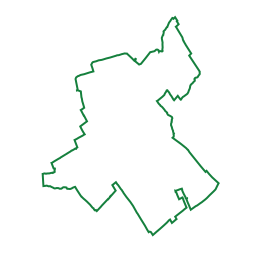 Avrameni, Botosani, Romania (Natural Earth projection), rotated 87°
{"feature_id": "2599482B7109590072975", "entity_name": "Avrameni", "entity_type": "district", "adm_level": 2, "iso_a3": "ROU", "parent_name": "Romania", "parent_adm1": "Botosani", "projection": "natural_earth1", "projection_center": [26.952, 48.014], "detail": "fine", "context": "isolated", "style": "outline", "palette": "green", "viewbox_px": 256, "rotation_deg": 87, "n_neighbors": 0, "source": "geoboundaries", "source_scale": "gbopen_adm2", "svg_char_len": 5608}
<svg xmlns="http://www.w3.org/2000/svg" viewBox="0 0 256 256"><g transform="rotate(87 128 128)"><path d="M181.6,215.5L181.5,214.1L181.3,212.1L181.8,211.0L182.1,210.2L182.1,209.8L182.0,209.2L182.0,208.9L182.1,208.7L182.8,207.6L183.8,205.7L184.3,205.0L184.4,204.7L184.5,204.5L184.5,204.1L184.4,203.2L184.2,202.2L184.3,201.7L184.3,201.1L184.5,200.4L185.0,199.6L185.1,199.2L185.1,198.2L185.1,197.7L184.6,196.9L184.2,196.5L184.1,196.2L183.9,195.9L183.8,195.6L183.8,195.4L184.0,193.2L184.3,192.5L185.3,192.2L185.5,191.8L185.6,191.5L185.7,190.3L185.9,189.1L185.8,188.7L185.7,188.2L185.5,187.8L185.2,187.0L184.8,186.4L184.5,185.6L184.1,184.4L184.0,183.9L186.9,182.4L192.8,179.0L194.3,178.0L194.3,177.8L194.5,177.7L196.4,175.9L197.4,174.8L198.7,173.5L199.5,172.7L200.3,172.0L202.8,169.7L203.0,169.6L205.6,167.7L205.9,167.4L206.4,166.6L207.3,166.3L208.4,165.5L208.5,165.4L208.6,165.2L208.3,164.7L208.2,164.3L209.3,163.5L205.3,159.3L204.9,158.9L204.3,158.4L197.9,151.7L198.1,151.5L196.0,149.5L195.6,149.6L195.1,149.1L195.3,149.0L195.3,148.9L194.9,148.5L189.9,143.6L184.2,146.6L181.5,142.9L182.3,142.4L183.7,141.6L184.4,140.9L188.5,138.4L190.0,137.2L191.0,136.8L191.6,136.3L192.4,136.0L193.2,135.5L196.8,133.2L202.0,129.5L206.1,127.0L210.4,124.9L211.6,124.3L213.1,123.6L213.9,123.0L219.7,119.9L226.4,116.2L230.3,114.3L233.1,112.8L232.7,112.1L232.6,111.8L232.7,111.5L233.2,110.5L236.2,108.8L233.6,105.5L232.8,104.6L232.7,104.3L232.4,103.9L231.3,102.6L231.0,102.1L227.0,97.1L224.5,94.1L222.2,91.8L221.6,90.8L225.1,89.1L223.7,87.2L222.5,85.7L221.5,84.3L219.0,85.5L216.6,82.1L215.4,80.4L213.6,77.8L211.8,75.5L210.6,73.7L204.1,76.0L200.2,77.2L200.4,77.9L200.7,78.3L201.0,79.0L201.3,79.4L201.5,80.2L201.8,80.7L197.5,82.3L195.8,82.8L194.9,83.2L194.7,83.6L194.5,83.8L193.1,84.0L193.2,83.7L192.6,81.5L192.0,79.8L191.4,77.4L192.5,77.1L193.0,77.2L194.4,76.7L196.7,75.8L200.1,74.2L200.9,74.2L201.1,74.1L201.3,73.9L201.6,73.4L201.4,72.7L201.5,72.7L201.9,73.1L202.2,73.3L202.4,73.3L205.7,72.2L207.2,71.6L212.9,69.6L209.7,64.6L209.4,64.0L209.0,63.0L206.8,59.6L206.0,58.2L204.9,56.7L204.5,56.1L203.5,54.7L203.2,54.3L202.0,52.8L199.3,49.9L195.6,45.6L194.1,44.0L193.9,43.8L190.8,42.1L188.7,40.9L187.9,40.4L181.7,46.5L178.2,49.4L174.9,51.8L175.9,52.9L169.7,57.6L155.4,67.9L153.0,69.2L153.0,69.4L151.1,71.0L146.9,75.7L140.1,84.0L139.2,83.0L138.5,82.7L137.2,82.7L136.4,82.9L136.0,82.4L134.7,83.0L134.1,83.2L133.3,83.1L131.5,83.8L129.4,84.2L127.3,84.9L126.2,84.7L125.7,84.7L124.5,84.1L124.1,84.2L123.9,84.0L123.0,84.0L122.7,83.8L121.7,83.8L121.5,83.6L120.5,83.2L119.3,83.6L118.3,85.0L117.5,86.4L117.2,87.1L116.6,87.6L115.4,88.2L114.8,88.1L113.8,89.0L113.0,89.9L111.7,90.6L110.1,91.8L109.3,92.4L108.5,93.1L107.5,94.4L106.6,94.8L106.1,95.4L104.8,96.4L103.5,97.1L102.6,97.7L102.2,96.9L98.6,92.0L96.9,90.0L95.8,89.5L94.7,88.8L93.7,88.0L92.5,87.4L92.3,86.9L92.4,86.7L93.6,86.0L93.8,85.7L94.1,85.5L95.0,84.9L95.8,84.6L96.8,84.1L98.4,83.0L102.0,81.1L102.7,80.5L98.5,76.6L100.2,75.5L102.5,73.9L102.5,73.7L100.6,72.3L99.9,71.6L99.2,70.3L98.9,69.9L97.6,67.9L96.9,66.9L95.6,66.0L93.3,65.1L92.8,64.7L91.0,64.0L90.3,63.9L89.1,63.6L88.8,63.4L88.5,63.3L87.7,62.6L87.1,61.9L86.7,61.2L85.8,60.5L84.9,59.5L84.6,59.0L84.4,58.9L83.5,58.7L83.2,58.9L82.8,59.1L82.6,59.1L82.2,58.9L81.7,58.5L81.3,57.8L81.2,56.5L80.4,55.4L80.2,55.4L79.8,55.1L79.3,54.8L78.2,53.7L77.6,53.5L76.8,53.6L75.6,53.4L74.4,54.0L58.9,63.1L56.9,61.0L47.7,66.2L47.1,66.4L46.7,66.7L45.0,67.5L44.8,67.6L44.5,67.9L43.9,67.9L42.9,68.5L41.0,68.8L40.1,69.1L39.2,69.6L34.9,71.9L29.8,74.6L29.4,74.9L28.1,73.2L27.0,72.0L24.0,73.7L23.5,73.1L19.8,75.2L21.3,76.8L20.4,77.7L20.4,77.9L20.6,78.0L22.2,79.4L23.4,80.2L24.9,81.5L28.3,83.1L29.3,83.5L29.3,83.9L29.4,84.0L29.9,84.4L31.8,85.7L33.1,87.2L33.3,87.4L33.5,87.5L33.9,87.4L34.3,87.3L36.1,87.7L36.8,88.0L37.0,88.0L37.1,88.3L39.7,89.5L40.8,89.5L44.4,89.0L46.3,89.2L49.4,89.2L51.5,89.6L52.1,89.6L52.7,89.4L53.1,89.5L53.3,89.8L53.3,90.3L53.2,90.8L53.0,91.3L52.9,92.1L53.0,92.8L53.5,93.1L52.5,93.4L51.9,93.5L51.3,94.3L51.2,95.0L51.2,95.4L51.3,95.8L52.3,97.0L52.5,97.4L52.7,97.7L52.9,98.6L53.1,99.9L53.3,100.7L53.4,101.8L59.4,107.0L64.6,111.7L64.8,112.1L64.9,112.8L65.2,113.6L64.5,114.3L61.6,117.5L60.4,116.9L60.1,116.9L59.8,116.7L59.5,116.7L59.5,116.8L59.8,117.0L59.5,117.2L60.9,118.4L58.6,120.4L53.6,125.2L53.7,125.5L53.6,126.0L53.4,127.1L53.4,127.8L53.5,128.0L53.9,130.2L54.8,133.5L54.8,135.0L55.2,136.2L56.7,142.2L57.4,145.9L58.3,149.4L58.6,150.7L58.9,153.8L59.1,154.4L59.7,156.3L60.3,159.4L60.6,159.9L61.0,160.3L61.7,160.7L62.9,161.4L63.2,161.3L66.7,160.3L69.7,159.6L70.5,163.4L72.0,169.1L72.5,172.3L73.0,173.6L73.5,174.6L73.5,175.1L73.6,175.3L73.8,175.7L74.2,176.2L74.5,176.8L74.7,177.0L75.1,177.3L76.0,177.7L76.4,177.8L87.4,176.2L87.6,177.0L87.8,177.0L87.7,176.6L87.9,175.8L89.0,173.2L94.6,172.9L95.4,172.8L95.8,172.6L99.2,172.2L100.7,171.8L104.5,170.9L105.5,170.7L106.0,171.6L106.3,171.9L107.6,174.2L108.1,173.9L113.4,171.5L113.3,171.3L119.2,168.6L123.9,175.6L124.9,175.2L127.4,174.1L129.6,173.0L132.1,171.6L132.5,172.5L133.2,173.6L135.2,177.9L136.2,179.7L137.2,182.0L144.7,179.6L145.2,180.5L145.4,180.6L146.1,180.9L146.1,181.0L145.9,181.6L145.8,181.8L145.9,182.0L146.2,182.4L147.5,184.9L147.5,185.3L147.6,185.6L148.4,186.6L148.9,187.6L153.1,195.3L154.0,197.0L154.4,197.4L155.0,198.8L155.7,200.1L157.1,202.8L158.8,205.8L158.9,206.2L164.5,204.4L164.7,204.1L164.6,203.5L164.6,203.2L164.9,203.1L166.8,203.6L167.8,203.5L168.0,203.5L168.8,205.0L168.9,205.4L168.6,205.5L168.7,205.9L168.9,207.4L169.2,208.8L169.2,211.6L169.4,212.2L169.3,212.7L169.1,213.1L169.0,214.2L169.3,214.8L169.4,215.6L181.6,215.5Z" fill="none" stroke="#15803d" stroke-width="2"/></g></svg>